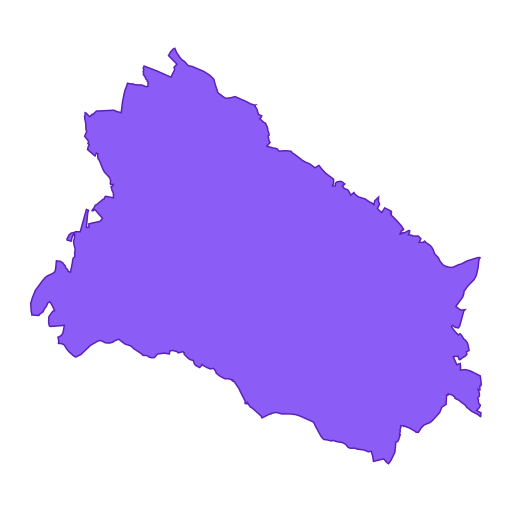 Ceuasu De Campie, Mures, Romania
{"feature_id": "2599482B23601231782358", "entity_name": "Ceuasu De Campie", "entity_type": "district", "adm_level": 2, "iso_a3": "ROU", "parent_name": "Romania", "parent_adm1": "Mures", "projection": "orthographic", "projection_center": [24.479, 46.65], "detail": "fine", "context": "isolated", "style": "filled", "palette": "violet", "viewbox_px": 512, "rotation_deg": 0, "n_neighbors": 0, "source": "geoboundaries", "source_scale": "gbopen_adm2", "svg_char_len": 5955}
<svg xmlns="http://www.w3.org/2000/svg" viewBox="0 0 512 512"><path d="M271.3,413.8L271.6,413.3L276.2,412.4L281.7,413.9L290.6,413.9L296.0,414.7L300.2,416.1L312.9,421.8L314.0,422.8L315.3,425.9L321.0,436.3L322.7,438.5L324.2,439.6L326.8,439.8L331.7,441.0L332.4,440.4L333.3,440.5L337.4,441.8L342.7,442.6L346.0,444.6L348.1,447.3L350.1,448.2L354.7,448.2L357.3,449.1L364.1,450.0L368.3,451.8L371.3,451.4L372.7,456.3L373.5,461.4L383.7,458.9L386.7,462.4L388.6,463.7L390.9,460.5L394.9,452.3L395.8,442.4L395.9,442.0L397.5,441.7L398.6,439.8L400.2,434.8L399.5,434.7L400.3,431.0L399.9,430.4L400.8,427.1L400.6,425.8L402.6,425.6L403.9,426.5L404.4,426.1L409.6,428.1L415.1,431.3L416.1,432.3L418.4,432.3L421.3,427.8L424.2,424.9L430.1,422.5L432.7,420.3L439.7,412.5L441.8,407.2L446.1,404.4L446.6,395.1L447.9,395.2L448.2,393.8L452.6,395.2L455.0,397.4L455.0,398.3L459.4,400.5L460.3,401.5L465.0,404.9L466.8,407.3L471.8,411.4L477.6,414.4L480.4,416.6L480.7,416.5L480.9,412.7L476.6,410.5L478.8,408.3L480.3,405.7L480.2,404.9L479.3,404.1L478.3,401.8L478.5,399.7L477.6,398.4L478.0,397.3L479.2,396.5L479.5,394.8L478.9,391.2L478.0,389.4L479.9,389.9L479.8,386.1L480.7,385.8L481.3,384.6L480.3,375.9L470.1,370.8L465.2,369.6L460.4,370.0L460.6,366.8L460.2,363.5L456.8,364.7L453.2,356.6L458.0,356.2L458.9,359.1L459.4,359.7L460.4,359.5L462.1,358.0L465.3,356.1L466.8,354.5L466.9,354.2L466.3,351.8L469.1,350.5L467.9,344.3L467.3,342.7L465.2,340.0L463.9,339.2L461.9,335.8L460.3,333.9L459.4,334.0L458.6,334.9L458.2,334.9L454.7,331.2L451.4,326.7L452.6,325.4L455.3,327.4L458.4,327.9L459.8,325.8L463.4,312.4L464.0,310.7L465.0,309.7L461.5,310.1L459.9,309.6L455.8,306.5L462.7,297.1L463.7,294.2L464.1,291.2L468.1,285.7L474.1,279.6L476.4,275.2L478.0,268.0L479.0,259.3L480.1,257.9L479.3,257.5L477.8,257.6L466.9,261.0L460.8,264.2L459.0,264.5L452.8,267.3L449.9,267.4L446.6,266.6L443.2,265.1L440.2,261.5L438.4,257.8L434.7,253.9L433.1,249.6L431.7,247.2L430.0,245.3L425.6,242.3L424.7,241.1L422.9,242.4L419.1,242.4L420.9,238.9L419.0,236.6L418.0,236.0L412.9,236.0L411.8,235.3L408.3,234.7L409.6,232.4L409.6,230.7L408.9,230.4L403.9,233.1L403.0,232.5L400.7,234.2L399.9,234.2L401.8,230.3L403.2,230.0L403.6,229.2L401.1,225.5L395.7,219.5L391.1,215.0L391.4,213.9L390.6,213.4L391.5,212.1L391.0,211.0L384.7,207.9L381.7,212.6L378.7,209.9L377.4,208.2L379.6,204.4L378.4,200.7L378.6,197.1L374.8,200.7L373.7,204.7L372.3,203.3L368.8,201.5L365.3,199.0L358.2,196.8L355.0,194.2L353.9,192.5L350.8,195.1L348.5,190.8L347.6,189.8L344.3,188.5L342.5,186.1L344.8,184.0L342.0,181.8L340.2,181.3L337.0,181.9L335.5,183.2L335.3,185.8L333.7,186.2L332.6,185.9L332.5,185.3L333.5,183.9L333.6,179.2L326.0,173.5L322.4,169.8L318.9,165.4L315.0,167.8L309.6,163.8L305.0,161.9L302.5,160.4L295.1,154.7L291.8,152.6L291.5,151.6L290.7,151.2L285.6,150.7L278.9,151.1L277.5,149.1L276.0,148.4L273.0,148.0L266.8,146.1L270.1,142.5L269.2,141.3L268.1,136.0L269.2,135.0L268.6,132.4L267.8,130.7L267.6,127.9L265.5,123.2L263.7,122.3L259.8,118.7L261.0,117.5L261.8,115.9L258.5,114.4L256.8,108.9L254.8,106.0L254.8,105.5L255.5,105.0L254.2,105.0L250.4,103.8L246.8,101.8L235.1,96.6L230.6,97.8L225.7,98.3L223.3,96.8L218.0,92.8L215.2,84.4L213.9,79.4L213.2,78.5L209.6,75.1L203.8,71.4L192.5,66.6L188.2,65.6L184.7,61.6L182.2,60.0L180.3,58.0L176.7,52.7L174.8,48.3L173.1,49.1L170.4,52.1L168.5,55.6L176.9,64.1L174.0,67.4L174.6,69.1L174.4,70.4L172.1,74.6L171.2,77.0L170.7,77.1L157.5,71.2L144.1,66.0L143.2,68.2L143.8,69.9L143.2,71.3L143.6,73.8L143.3,74.5L144.9,76.7L146.1,79.3L147.2,80.3L147.2,81.2L148.0,82.2L148.0,86.1L146.5,86.8L141.7,85.0L135.2,84.8L132.8,83.8L131.0,84.0L127.5,83.2L125.7,88.8L125.3,89.2L124.2,93.3L122.5,102.0L121.2,112.6L117.2,111.7L113.9,110.2L96.4,111.1L92.7,114.7L92.2,114.3L89.7,116.7L86.1,113.1L85.1,112.7L85.2,114.9L84.5,116.3L84.9,116.7L84.7,118.1L85.7,123.4L86.0,129.8L86.7,131.6L84.6,136.3L87.7,140.1L88.6,142.0L87.9,143.6L89.3,144.7L88.2,146.7L87.5,149.5L95.0,156.0L96.4,153.0L97.7,153.7L97.9,158.6L98.8,159.5L99.5,160.8L102.9,169.2L104.4,172.0L109.8,177.9L110.6,180.6L110.3,183.6L110.8,183.9L110.7,184.5L113.3,184.4L112.3,186.2L111.1,186.8L112.1,190.7L113.3,192.8L113.5,197.8L105.6,196.3L104.8,197.0L104.1,199.0L103.0,199.3L97.2,204.2L95.2,205.3L94.2,207.6L92.0,210.5L92.1,210.8L93.1,210.8L94.5,209.6L95.2,209.9L102.5,218.4L100.3,221.1L99.6,221.4L88.9,223.8L88.9,227.3L86.4,227.5L87.7,213.2L88.5,210.3L86.4,209.4L80.2,231.8L75.3,231.7L74.7,232.4L71.3,233.0L69.1,234.8L67.0,238.9L67.0,240.0L71.1,241.2L72.5,236.0L73.3,234.7L74.6,233.8L74.9,234.4L74.1,235.5L74.6,236.1L74.4,238.5L73.5,240.9L74.0,244.9L75.2,249.3L74.6,253.0L74.8,256.6L73.3,257.9L72.6,260.3L72.3,263.1L70.4,272.3L68.2,271.3L67.5,269.4L65.8,268.0L65.1,265.5L64.2,264.8L62.7,262.8L60.3,261.3L56.4,260.8L55.6,269.0L54.9,271.7L52.6,273.5L47.5,275.8L45.2,277.5L41.8,281.6L35.4,290.3L32.5,297.4L30.7,303.2L31.2,311.7L31.8,313.8L31.8,315.0L38.9,315.5L39.4,314.5L43.0,311.8L44.6,308.6L46.4,306.3L47.7,303.1L49.8,301.6L52.9,306.8L54.5,310.6L52.6,311.4L48.9,316.6L48.6,322.1L49.2,325.5L49.5,326.1L50.3,326.5L64.4,325.4L62.8,333.3L61.0,335.7L58.0,337.2L58.7,340.7L58.5,343.4L61.6,343.7L63.4,344.4L64.6,345.5L66.4,348.6L69.1,351.9L73.5,355.8L75.6,357.1L80.8,354.6L90.7,345.2L98.0,341.0L100.8,340.5L105.4,342.8L109.5,343.1L112.7,342.2L115.2,340.6L118.7,339.2L124.9,344.0L130.6,345.8L134.1,348.9L141.7,353.9L142.9,355.3L147.1,355.6L148.9,357.0L151.6,357.8L154.5,357.5L157.3,354.2L158.4,353.9L164.5,353.1L169.3,354.0L169.8,351.1L172.1,350.4L176.9,351.5L178.1,352.9L182.8,351.7L184.3,352.8L184.0,353.8L184.7,354.8L188.7,358.7L190.6,359.8L193.2,360.4L194.4,363.9L195.1,364.9L196.8,366.1L199.6,367.5L201.2,366.0L202.1,364.5L203.5,365.7L207.3,367.7L210.6,369.0L213.1,368.3L214.1,369.1L215.7,371.4L216.3,373.3L219.9,376.1L224.7,378.7L228.6,378.8L232.7,380.0L232.2,380.7L234.4,381.8L239.2,389.0L239.9,390.8L245.0,400.7L245.3,401.6L245.0,402.5L245.1,403.4L246.9,403.8L247.3,402.5L250.2,406.8L252.9,408.6L260.9,415.8L262.0,417.9L269.0,414.4L271.3,413.8Z" fill="#8b5cf6" stroke="#5b21b6" stroke-width="1.5"/></svg>